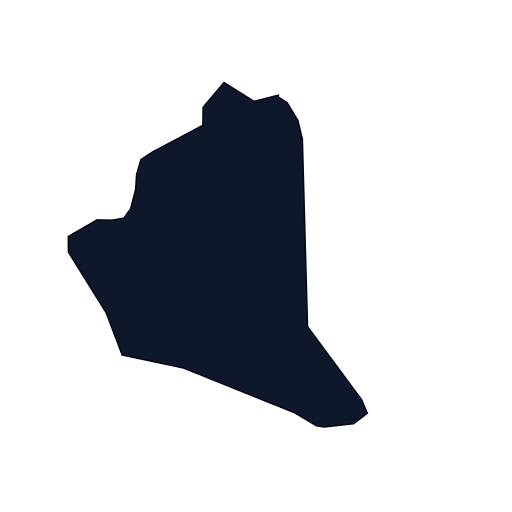 map outline of Sežana (orthographic projection), rotated 209°
{"feature_id": "SVN-1034", "entity_name": "Sežana", "entity_type": "Municipality", "adm_level": 1, "iso_a3": "SVN", "parent_name": "Slovenia", "parent_adm1": "", "projection": "orthographic", "projection_center": [13.883, 45.722], "detail": "fine", "context": "isolated", "style": "filled", "palette": "ink", "viewbox_px": 512, "rotation_deg": 209, "n_neighbors": 0, "source": "natural_earth", "source_scale": "10m", "svg_char_len": 528}
<svg xmlns="http://www.w3.org/2000/svg" viewBox="0 0 512 512"><g transform="rotate(209 256 256)"><path d="M314.4,407.5L313.8,405.9L303.0,405.1L285.0,394.8L272.1,380.7L176.7,219.2L93.8,181.4L82.4,172.4L89.4,156.6L113.5,139.5L120.7,136.8L146.1,137.6L265.4,122.8L325.0,104.5L359.5,133.7L422.0,168.5L429.6,182.1L412.6,210.5L399.2,217.6L389.9,225.1L388.6,236.6L393.5,255.8L400.0,269.5L403.4,284.6L396.9,296.9L365.8,344.6L374.4,360.4L368.1,392.2L332.7,390.3L314.4,407.5Z" fill="#0f172a" stroke="#020617" stroke-width="1.5"/></g></svg>